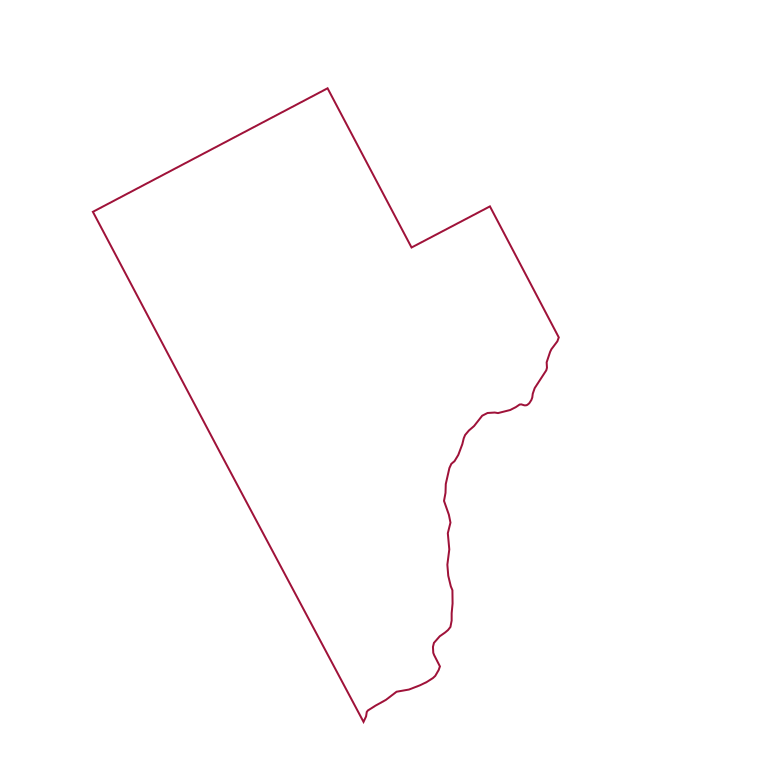 Jackson, Iowa, United States of America (Equal Earth projection), rotated 62°
{"feature_id": "52423323B11078119657450", "entity_name": "Jackson", "entity_type": "district", "adm_level": 2, "iso_a3": "USA", "parent_name": "United States of America", "parent_adm1": "Iowa", "projection": "equal_earth", "projection_center": [-90.354, 42.208], "detail": "fine", "context": "isolated", "style": "outline", "palette": "rose", "viewbox_px": 768, "rotation_deg": 62, "n_neighbors": 0, "source": "geoboundaries", "source_scale": "gbopen_adm2", "svg_char_len": 1050}
<svg xmlns="http://www.w3.org/2000/svg" viewBox="0 0 768 768"><g transform="rotate(62 384 384)"><path d="M95.3,560.2L366.7,560.9L672.7,560.7L669.1,555.9L665.5,553.2L664.7,551.5L664.0,542.5L663.8,530.7L661.6,517.4L665.5,505.4L666.9,493.9L667.2,486.3L666.6,478.8L665.8,475.8L662.2,470.0L659.6,467.2L646.8,467.0L644.5,466.7L639.1,464.2L636.0,461.4L632.9,453.2L632.1,446.7L631.3,443.0L629.7,439.4L624.6,435.3L618.2,431.9L610.0,426.5L598.2,420.4L594.0,420.0L583.5,417.3L573.3,412.9L560.7,404.0L545.7,397.7L537.6,390.4L529.9,388.1L515.4,385.9L509.0,380.8L501.3,376.4L488.9,365.7L486.1,362.0L485.2,357.9L481.5,351.7L473.9,343.1L469.4,339.1L467.1,336.3L464.9,330.8L463.4,324.2L458.1,312.2L458.2,306.2L461.2,299.6L463.2,297.0L466.2,284.8L466.3,278.4L465.8,273.9L466.5,272.3L468.8,270.0L469.5,268.6L469.7,267.2L469.2,264.8L467.3,261.4L465.5,259.4L462.4,257.2L458.4,252.9L448.1,234.3L446.2,232.5L441.2,230.2L433.6,222.2L431.9,219.9L427.7,210.9L424.9,207.8L276.9,207.1L276.4,295.6L96.4,295.0L95.3,560.2Z" fill="none" stroke="#9f1239" stroke-width="2"/></g></svg>